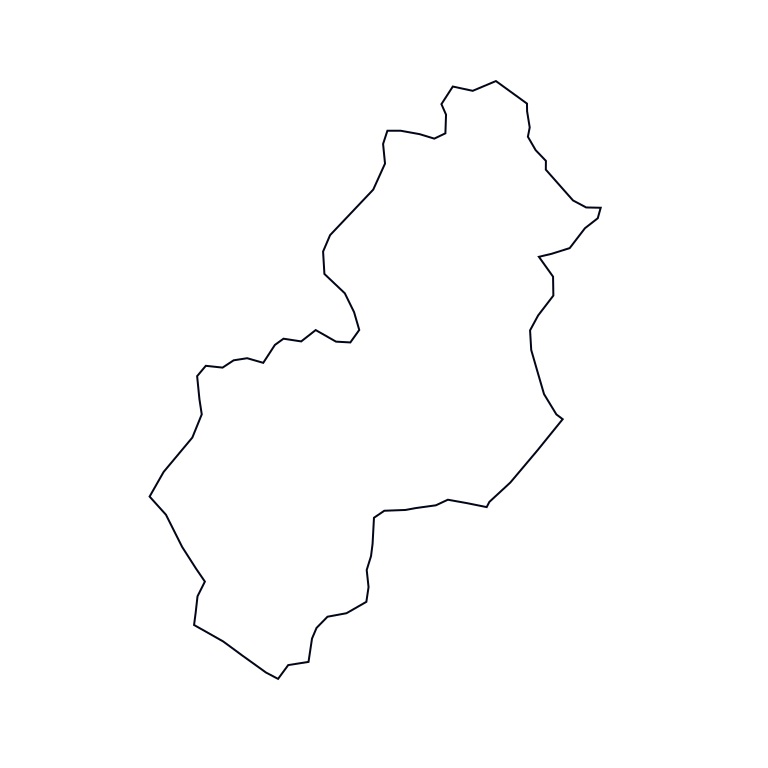 Alvesta, Kronoberg, Sweden (Equal Earth projection), rotated 220°
{"feature_id": "70781695B73042132081687", "entity_name": "Alvesta", "entity_type": "district", "adm_level": 2, "iso_a3": "SWE", "parent_name": "Sweden", "parent_adm1": "Kronoberg", "projection": "equal_earth", "projection_center": [14.526, 56.874], "detail": "fine", "context": "isolated", "style": "outline", "palette": "ink", "viewbox_px": 768, "rotation_deg": 220, "n_neighbors": 0, "source": "geoboundaries", "source_scale": "gbopen_adm2", "svg_char_len": 1311}
<svg xmlns="http://www.w3.org/2000/svg" viewBox="0 0 768 768"><g transform="rotate(220 384 384)"><path d="M224.5,471.9L232.4,471.5L254.9,479.1L275.1,492.6L293.1,504.7L306.6,519.0L310.0,535.6L311.1,560.6L323.5,574.9L347.1,581.0L339.2,591.6L329.1,607.5L330.2,632.5L326.8,648.4L331.3,658.3L342.6,649.2L357.2,646.1L397.8,652.2L403.4,659.0L418.1,660.6L432.7,665.9L437.3,674.2L449.7,684.9L454.7,690.7L493.0,688.0L504.5,665.6L522.5,656.1L519.9,635.3L509.6,630.2L498.1,615.5L503.2,604.3L517.3,598.3L533.9,588.8L536.9,586.3L544.2,580.2L539.0,567.3L524.9,553.5L517.2,526.0L521.0,463.4L515.8,446.3L500.4,430.0L472.3,428.3L453.1,419.8L437.7,409.5L436.5,394.2L448.0,385.6L471.0,381.4L474.8,363.4L490.1,354.1L492.7,343.8L490.1,322.6L505.4,315.8L514.4,305.5L518.2,292.8L532.2,283.4L532.2,269.9L515.6,253.7L504.1,243.6L496.4,219.8L496.3,175.0L491.2,147.1L467.0,143.7L433.8,129.4L409.5,121.8L394.2,117.5L390.4,101.5L381.5,88.1L374.6,77.3L341.7,83.4L318.2,84.9L299.9,86.3L289.0,87.1L275.6,90.0L276.7,107.1L263.2,122.6L275.5,142.7L278.9,153.8L277.7,169.4L265.4,184.3L257.5,205.8L265.3,218.5L277.7,230.4L283.3,243.8L290.0,254.2L305.7,275.1L302.3,287.1L286.6,301.3L279.8,309.5L266.3,324.4L260.7,336.4L243.8,346.1L226.2,355.7L227.5,361.4L223.9,389.7L223.8,431.5L224.5,471.9Z" fill="none" stroke="#020617" stroke-width="2"/></g></svg>